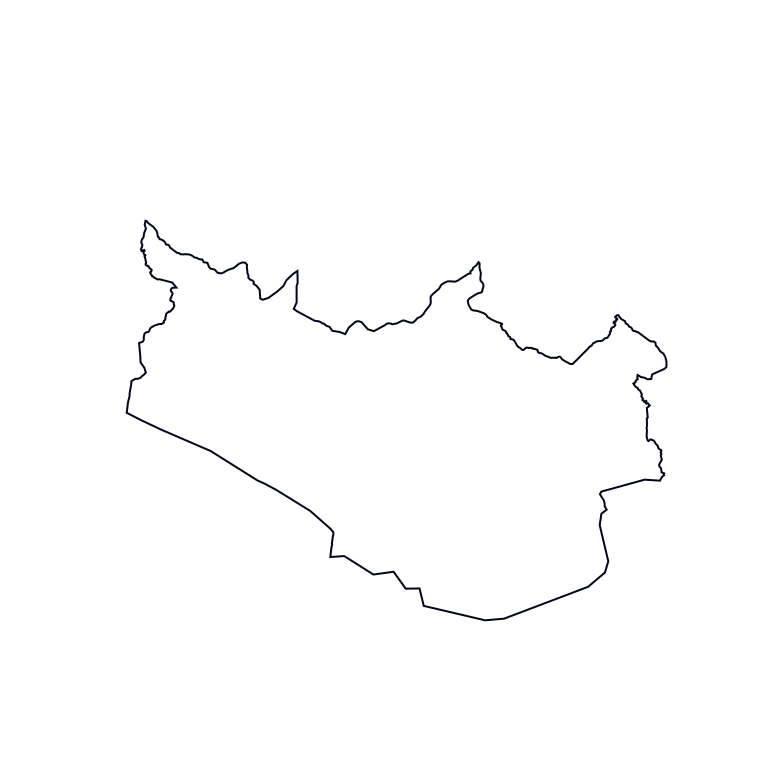 Adansi North, Ashanti, Ghana, rotated 30°
{"feature_id": "2480657B92670413622569", "entity_name": "Adansi North", "entity_type": "district", "adm_level": 2, "iso_a3": "GHA", "parent_name": "Ghana", "parent_adm1": "Ashanti", "projection": "mercator", "projection_center": [-1.594, 6.301], "detail": "fine", "context": "isolated", "style": "outline", "palette": "ink", "viewbox_px": 768, "rotation_deg": 30, "n_neighbors": 0, "source": "geoboundaries", "source_scale": "gbopen_adm2", "svg_char_len": 6161}
<svg xmlns="http://www.w3.org/2000/svg" viewBox="0 0 768 768"><g transform="rotate(30 384 384)"><path d="M330.4,530.0L344.3,529.6L383.5,530.8L410.7,536.3L412.8,537.3L414.0,537.5L415.4,539.6L416.0,541.8L418.6,548.1L419.6,549.4L419.8,550.8L424.0,560.7L435.6,552.9L470.1,554.3L486.2,541.8L505.1,550.4L517.0,543.3L529.4,556.3L589.7,538.1L605.3,527.2L662.2,457.5L669.6,436.8L666.9,425.4L641.4,398.4L637.1,387.6L639.7,381.5L636.2,379.5L635.1,377.5L632.6,374.9L626.1,371.5L626.0,368.5L657.6,336.5L671.4,329.7L671.1,325.6L672.2,323.1L671.4,322.5L671.3,321.3L668.6,321.7L666.1,318.5L663.7,317.7L662.5,316.0L662.5,310.8L659.3,307.3L659.3,305.9L657.9,305.1L657.8,303.5L657.2,302.7L655.5,302.8L653.7,302.4L652.0,300.7L649.6,300.0L646.1,298.1L642.6,298.6L641.7,301.1L640.7,301.1L637.8,298.3L634.5,292.0L633.5,291.0L632.7,288.8L628.8,282.3L629.2,281.2L623.6,273.4L624.9,269.8L622.2,268.8L621.1,269.8L620.4,269.5L620.3,268.3L619.6,267.6L618.4,269.4L617.3,268.4L616.5,268.8L615.7,268.6L615.4,267.1L613.0,266.0L612.6,264.2L609.1,261.7L607.1,261.7L606.0,260.7L602.9,260.5L600.8,259.5L599.8,258.9L600.5,258.2L600.4,257.2L600.9,256.6L600.4,255.2L601.3,252.9L600.5,252.5L600.2,251.6L599.5,250.6L599.2,249.4L603.0,249.5L606.9,248.2L609.8,248.2L612.9,246.0L611.4,241.7L619.4,230.5L620.1,228.1L619.8,227.5L617.4,223.3L613.9,219.8L610.8,218.0L606.8,217.6L603.1,215.6L600.2,214.8L598.4,212.5L596.7,212.2L593.7,213.7L590.8,213.7L578.7,212.2L574.8,212.7L573.4,213.3L572.2,213.0L570.8,211.9L569.8,211.6L569.0,211.5L567.9,211.8L565.2,210.6L563.0,210.6L561.4,209.1L557.0,209.1L553.6,207.9L553.1,207.4L552.3,207.3L551.5,207.9L550.7,209.9L550.7,210.5L550.9,210.7L552.5,210.7L553.6,211.2L553.6,211.8L553.0,212.5L553.5,214.1L553.2,214.6L552.2,214.7L551.9,215.3L552.3,216.3L553.6,216.4L554.6,216.8L554.8,217.3L554.7,219.2L553.4,220.8L553.4,221.6L553.0,222.4L553.5,223.3L553.5,224.1L554.1,224.7L553.7,226.1L554.6,227.6L554.4,231.7L554.3,232.2L552.3,234.3L551.6,236.9L550.5,238.2L547.1,240.5L544.8,244.3L544.6,246.7L544.3,247.6L543.2,249.4L543.2,250.7L537.4,272.3L535.5,273.5L529.4,273.7L525.9,273.6L524.2,272.8L522.6,272.4L521.2,273.5L520.5,275.1L518.9,275.7L517.9,276.5L516.8,276.9L516.2,277.6L514.5,278.1L511.9,278.4L510.2,278.9L505.5,278.6L502.2,279.6L501.3,279.3L499.9,277.8L497.9,278.0L495.1,279.0L494.8,279.1L494.6,278.8L493.6,279.0L490.9,280.6L489.3,281.1L488.9,281.5L488.1,284.0L487.6,284.9L486.9,285.4L484.1,284.8L480.8,284.6L474.8,281.1L472.8,281.1L471.1,281.8L470.4,280.9L469.6,280.3L468.5,280.4L467.4,280.2L466.7,279.4L465.9,279.2L465.2,278.5L464.6,278.7L463.4,277.7L462.2,277.3L460.7,277.6L459.4,277.6L457.0,275.6L456.0,275.1L456.0,274.4L456.4,273.3L456.1,272.8L450.5,273.9L444.5,274.4L440.2,274.2L437.7,272.9L435.2,272.8L429.3,273.8L427.3,274.4L424.7,275.6L422.4,275.9L417.7,273.2L415.7,271.0L414.9,269.8L414.9,268.9L415.3,267.1L418.7,260.5L419.2,260.0L420.0,258.5L422.2,256.4L422.6,255.6L422.7,254.4L422.1,253.1L421.5,250.1L420.3,248.2L418.4,247.0L416.2,246.4L415.7,245.9L414.6,244.4L413.2,241.1L412.3,239.4L408.5,235.5L407.9,234.2L406.3,231.6L405.0,231.2L404.6,235.3L403.2,238.2L403.4,241.1L402.5,243.2L403.6,245.0L402.4,245.9L401.6,247.0L396.0,257.9L395.1,259.0L394.3,259.9L390.1,261.9L387.8,263.3L385.5,266.4L384.3,268.8L384.0,270.2L384.0,274.1L381.2,282.1L380.7,284.7L381.4,286.3L383.6,289.8L384.2,291.2L384.3,293.2L383.3,300.0L383.2,303.7L382.2,307.2L380.1,310.2L379.7,311.6L379.5,313.2L378.4,316.2L377.3,317.1L375.6,317.8L369.9,318.9L368.5,319.6L364.8,325.1L362.2,327.4L360.9,328.2L359.5,328.3L358.1,328.9L357.0,329.6L356.1,330.8L355.2,332.9L348.8,343.3L342.6,344.7L333.8,341.7L331.2,342.1L329.4,343.1L328.1,344.6L325.3,352.8L325.5,360.2L319.6,361.1L312.6,363.8L308.5,361.8L304.5,362.4L302.1,361.8L300.2,362.3L297.9,362.1L295.7,362.5L292.5,363.9L272.4,364.5L268.3,364.1L267.6,357.1L259.4,343.0L258.6,339.5L252.5,329.4L250.3,334.0L247.6,343.0L247.9,349.4L245.3,357.3L240.8,367.3L236.8,371.7L234.1,371.9L229.2,364.6L224.7,362.7L220.9,362.4L220.3,360.8L218.9,360.2L215.7,360.5L213.8,360.0L213.1,359.4L212.4,357.8L210.2,356.2L208.9,354.1L207.1,351.9L205.7,349.2L203.2,348.3L200.5,349.6L198.4,352.2L197.3,354.8L197.3,355.6L196.4,357.1L195.9,358.7L192.6,362.3L189.8,366.5L189.8,367.0L187.7,369.6L184.7,370.8L182.8,370.5L181.8,370.0L180.5,369.7L179.8,369.7L176.2,370.8L174.0,370.1L170.5,367.4L166.8,368.7L166.1,368.0L164.2,367.0L163.5,367.6L161.6,368.2L158.4,368.5L156.4,369.2L154.0,368.8L150.8,369.1L146.4,371.3L145.5,372.1L144.0,372.7L143.2,373.3L141.1,373.2L139.0,373.9L130.4,372.8L129.2,371.8L127.7,371.3L125.5,372.2L123.8,370.9L122.1,370.3L121.4,370.5L120.7,370.1L118.4,370.3L117.6,370.7L117.1,370.6L115.8,369.6L114.8,369.6L114.2,369.2L111.8,366.2L110.6,365.2L106.9,363.7L105.3,363.2L99.2,362.5L97.0,361.6L95.8,361.9L97.1,365.7L100.2,368.6L100.8,373.2L102.3,376.9L102.2,380.1L102.6,382.0L103.5,383.3L104.6,383.8L105.2,384.5L105.9,386.0L105.9,387.4L106.2,389.0L107.8,390.1L108.0,390.0L108.0,389.0L108.9,388.6L109.2,387.9L109.7,388.0L110.1,388.4L109.6,389.7L110.4,391.0L111.9,391.9L112.7,391.6L112.9,391.8L113.1,392.0L112.7,392.8L112.9,393.4L113.9,394.0L117.4,398.0L117.5,399.4L117.7,399.6L118.8,400.2L120.1,399.7L121.1,400.1L121.6,399.9L122.5,400.7L125.7,401.3L126.2,402.9L126.2,403.3L125.7,403.8L125.8,404.4L126.8,405.3L128.5,405.9L129.5,406.7L130.7,406.4L131.7,406.8L135.6,406.7L137.0,405.6L149.8,402.0L156.0,404.3L153.3,406.1L152.5,406.8L152.3,407.5L152.3,409.1L153.0,410.1L155.2,410.9L155.8,411.5L156.6,417.4L157.3,418.6L160.6,418.3L161.1,418.5L161.3,419.0L163.3,421.1L163.6,424.4L163.1,425.5L162.9,427.1L162.2,428.8L161.3,429.0L161.1,430.0L160.3,431.8L160.5,432.9L161.1,433.9L161.2,435.3L162.2,437.0L162.2,439.0L161.9,439.2L161.8,439.7L162.6,440.9L162.5,441.5L161.7,442.4L161.4,443.3L159.2,444.6L155.7,448.5L155.0,450.0L154.5,450.5L153.9,451.9L153.8,453.6L154.2,455.5L154.0,456.5L152.3,458.1L151.5,459.7L151.5,460.5L152.7,464.0L153.5,465.0L153.9,465.9L153.9,468.0L151.4,471.0L159.0,481.7L162.3,487.0L168.4,489.8L172.1,493.3L171.5,495.8L170.2,499.0L170.2,500.1L168.2,502.6L165.9,504.0L163.8,507.8L165.3,510.8L168.3,519.1L169.7,521.7L171.4,527.7L175.6,537.6L192.8,536.7L214.4,534.9L267.3,528.7L322.7,530.8L330.4,530.0Z" fill="none" stroke="#020617" stroke-width="2"/></g></svg>